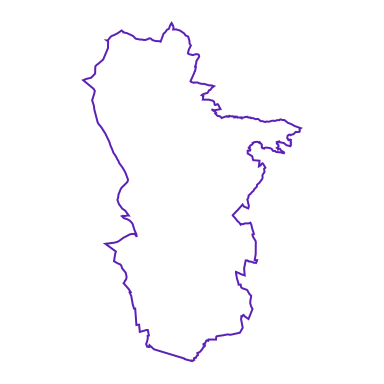 Batos, Mures, Romania
{"feature_id": "2599482B32614611186609", "entity_name": "Batos", "entity_type": "district", "adm_level": 2, "iso_a3": "ROU", "parent_name": "Romania", "parent_adm1": "Mures", "projection": "equal_earth", "projection_center": [24.65, 46.876], "detail": "fine", "context": "isolated", "style": "outline", "palette": "violet", "viewbox_px": 384, "rotation_deg": 0, "n_neighbors": 0, "source": "geoboundaries", "source_scale": "gbopen_adm2", "svg_char_len": 5995}
<svg xmlns="http://www.w3.org/2000/svg" viewBox="0 0 384 384"><path d="M248.2,208.4L248.8,206.6L248.7,204.7L248.1,203.1L247.9,201.4L247.3,199.5L248.2,198.2L248.2,197.6L248.6,196.6L248.6,195.4L250.8,193.6L251.6,192.5L253.4,190.9L254.4,189.1L256.8,186.7L257.1,184.7L259.3,182.9L262.2,179.0L262.5,178.1L262.6,177.0L262.4,175.7L262.7,174.7L264.5,172.0L264.1,168.8L265.4,167.7L263.1,163.8L262.5,163.3L261.7,163.7L260.5,165.5L258.9,166.4L259.5,160.7L253.4,160.2L253.1,160.0L252.2,156.2L247.7,153.5L247.7,150.7L250.0,150.6L250.4,149.8L250.2,149.3L248.8,148.1L248.7,147.7L249.8,147.1L249.6,146.7L250.2,145.6L252.0,144.6L252.7,143.8L252.6,143.0L253.5,142.9L253.9,142.2L256.9,141.8L258.0,142.0L259.3,142.9L259.4,142.6L259.2,142.1L259.5,142.0L261.8,144.6L261.7,145.5L262.0,146.2L261.7,147.0L261.9,147.6L262.6,148.3L263.9,148.5L263.8,148.1L265.7,147.6L269.1,147.9L271.0,148.5L272.2,149.4L272.5,150.4L273.1,150.9L275.2,151.0L275.7,151.7L276.3,152.0L280.8,152.4L282.7,153.0L283.3,152.8L283.8,153.2L284.1,152.6L283.8,152.1L281.6,150.9L280.7,150.0L280.0,148.8L279.1,148.7L278.1,149.5L277.8,148.5L276.9,147.9L278.3,146.8L278.6,146.2L278.4,145.0L277.4,144.3L277.5,143.6L276.8,143.3L277.0,142.6L276.8,142.0L279.3,141.4L279.4,141.6L279.0,142.1L283.8,143.0L286.5,145.2L290.4,146.2L291.0,144.9L290.7,144.4L290.7,143.3L290.9,143.0L290.7,142.5L291.0,142.2L290.7,141.8L290.6,141.0L291.0,140.0L290.2,139.6L289.3,140.0L288.7,139.5L288.3,139.9L287.2,138.0L287.6,135.8L288.9,134.7L289.9,134.7L290.5,135.2L291.9,134.5L293.4,134.3L295.7,131.9L296.9,132.1L299.5,131.8L299.7,131.4L299.6,129.2L300.8,128.2L294.3,125.9L291.9,124.4L287.7,122.7L284.5,120.1L281.9,119.9L281.1,119.5L280.3,119.4L279.2,120.2L277.5,120.1L275.0,120.9L273.1,120.7L271.3,120.9L270.0,121.5L268.3,121.7L266.6,121.5L265.3,122.0L262.5,121.2L260.9,121.1L260.1,120.8L259.1,119.7L257.9,118.9L255.6,119.2L253.3,118.2L250.8,118.1L250.5,117.5L248.3,117.5L247.6,117.2L247.5,116.8L245.7,116.9L242.9,117.7L242.0,117.6L241.7,117.7L241.6,118.3L240.9,117.9L240.9,117.4L239.8,117.6L238.7,117.4L237.9,117.6L237.5,117.6L237.0,116.8L235.9,117.2L235.7,116.7L234.5,117.3L234.5,116.6L233.3,116.7L232.7,116.2L232.2,116.4L231.0,116.3L229.3,115.8L229.0,116.7L228.6,116.8L228.1,116.8L226.9,116.1L226.6,116.2L226.4,116.6L225.3,116.6L221.6,118.0L221.3,117.5L220.1,116.4L217.4,115.8L215.2,113.4L216.1,112.8L215.2,111.7L212.9,110.4L211.6,109.3L214.4,110.3L220.5,109.1L218.1,104.5L217.4,104.1L215.9,104.9L215.1,105.0L214.6,104.6L214.4,102.9L214.0,101.7L213.2,100.9L212.3,100.6L208.9,99.7L202.9,99.6L203.1,99.0L203.0,96.8L203.4,96.1L201.7,95.2L203.4,94.0L207.3,93.0L208.2,92.0L208.9,90.4L210.5,89.7L211.9,87.7L214.0,86.2L212.0,85.5L208.9,85.3L204.2,83.9L201.9,83.9L199.2,83.3L197.7,82.5L194.5,82.5L193.9,82.8L191.3,82.0L190.5,81.2L194.2,73.0L194.5,71.8L195.1,71.0L195.9,66.8L195.1,66.7L196.2,63.3L196.4,61.1L198.9,57.2L199.2,56.3L198.7,54.7L197.7,54.3L195.9,54.2L192.7,55.1L188.9,54.1L187.9,53.3L188.8,49.6L190.9,45.5L189.6,43.6L189.4,40.7L188.2,36.6L185.6,35.4L184.9,34.7L184.4,33.6L180.1,30.6L176.1,29.4L173.2,29.5L173.5,27.6L173.3,26.5L173.1,25.7L172.4,25.1L172.5,24.5L171.6,23.0L170.2,25.2L169.0,28.6L168.3,29.2L167.1,29.6L165.2,32.3L163.6,33.6L160.6,41.7L158.9,41.1L156.2,41.1L153.0,40.3L151.8,39.6L151.1,38.7L149.2,38.3L147.7,39.2L145.6,39.9L143.9,40.0L142.0,39.5L140.5,39.6L136.1,38.8L135.2,38.3L133.6,36.4L131.9,35.4L126.8,33.1L123.5,32.4L123.6,32.1L121.6,30.5L117.6,33.3L113.4,35.4L112.2,35.7L110.6,36.8L108.2,39.9L107.5,40.4L106.8,40.4L108.1,41.3L108.0,48.1L103.2,59.5L98.6,63.5L96.7,64.9L95.7,65.9L95.3,66.7L95.1,73.6L91.2,77.7L86.4,78.9L83.2,80.2L93.6,88.8L94.8,90.8L94.3,93.5L92.3,99.7L92.2,100.5L93.9,105.8L94.3,109.4L97.7,122.5L98.5,123.9L101.2,127.1L105.3,133.5L109.3,141.8L110.6,145.9L112.2,149.4L113.3,152.5L116.1,156.7L117.2,159.1L118.4,160.9L119.1,162.9L122.8,168.0L125.3,172.4L127.9,179.3L128.0,180.1L127.3,182.1L121.5,187.8L120.6,189.3L118.6,194.3L118.2,196.3L118.3,197.1L117.4,199.9L119.0,204.3L120.0,205.5L122.3,208.7L125.2,210.6L128.7,215.5L127.5,215.4L124.9,216.1L123.1,215.8L121.9,216.2L124.0,218.2L127.4,219.3L129.6,220.5L131.9,222.8L132.6,224.0L134.5,230.1L136.4,234.4L136.6,236.1L136.3,236.2L135.1,234.4L134.1,233.8L130.3,234.2L123.5,237.7L119.3,240.8L117.3,241.9L114.2,242.7L105.4,243.8L115.9,251.5L115.2,253.8L114.0,261.2L117.4,263.2L120.2,264.4L120.8,265.0L121.2,265.5L122.2,268.4L125.7,272.7L126.5,276.2L126.5,277.9L126.0,279.6L124.9,280.9L124.2,282.6L123.6,283.2L128.5,288.8L130.7,292.1L129.6,292.4L131.2,295.8L132.8,304.6L134.0,308.6L135.2,308.5L136.4,325.0L139.1,324.7L139.8,331.9L146.5,330.0L147.8,330.0L148.9,335.5L147.6,335.9L147.8,338.3L147.1,341.4L146.1,344.1L147.2,346.7L147.9,346.5L148.9,347.1L149.7,346.8L149.4,345.8L149.5,345.2L154.0,349.3L184.0,358.4L184.5,358.6L184.6,359.1L191.8,361.0L191.9,360.5L193.1,360.7L194.2,359.9L194.0,358.3L194.2,358.0L195.9,357.8L196.5,356.2L198.0,355.1L197.9,354.4L197.4,353.7L197.3,353.0L197.9,352.7L198.6,352.7L200.0,351.8L202.3,349.2L203.2,347.3L204.5,346.5L205.0,345.3L203.5,344.8L203.4,344.1L205.2,343.1L206.3,340.6L207.1,340.3L208.1,340.9L208.4,340.6L208.6,339.5L216.0,339.6L216.3,336.6L217.2,336.1L223.1,335.3L227.4,334.4L230.4,334.8L239.9,332.7L242.7,327.8L241.1,319.4L241.4,316.2L242.3,316.4L243.0,315.2L243.5,314.9L244.9,316.5L248.5,319.0L252.5,309.0L251.2,306.5L250.2,303.3L250.3,301.0L251.1,296.7L251.1,295.7L249.2,293.7L247.3,290.2L246.8,289.8L242.5,288.3L241.4,287.6L241.0,286.8L240.7,284.6L238.6,284.7L238.3,282.8L237.0,278.7L235.9,272.5L236.0,271.9L239.1,273.2L241.0,274.2L244.7,275.4L244.1,268.5L245.7,260.4L247.2,260.4L247.6,260.8L248.4,260.9L248.6,261.4L251.6,261.8L253.9,262.8L255.2,262.7L256.0,263.0L256.6,261.8L257.1,260.1L254.7,260.1L255.7,254.1L255.8,242.0L255.4,240.6L253.2,237.1L252.6,235.5L252.4,234.5L253.8,234.2L253.6,232.8L252.2,228.7L251.4,225.0L250.4,222.7L248.6,223.4L244.8,223.4L243.0,224.2L241.5,224.0L240.7,224.7L239.4,222.8L236.9,220.5L236.1,219.2L233.3,216.1L232.7,215.2L238.4,209.3L242.6,204.5L243.7,206.4L248.2,208.4Z" fill="none" stroke="#5b21b6" stroke-width="2"/></svg>